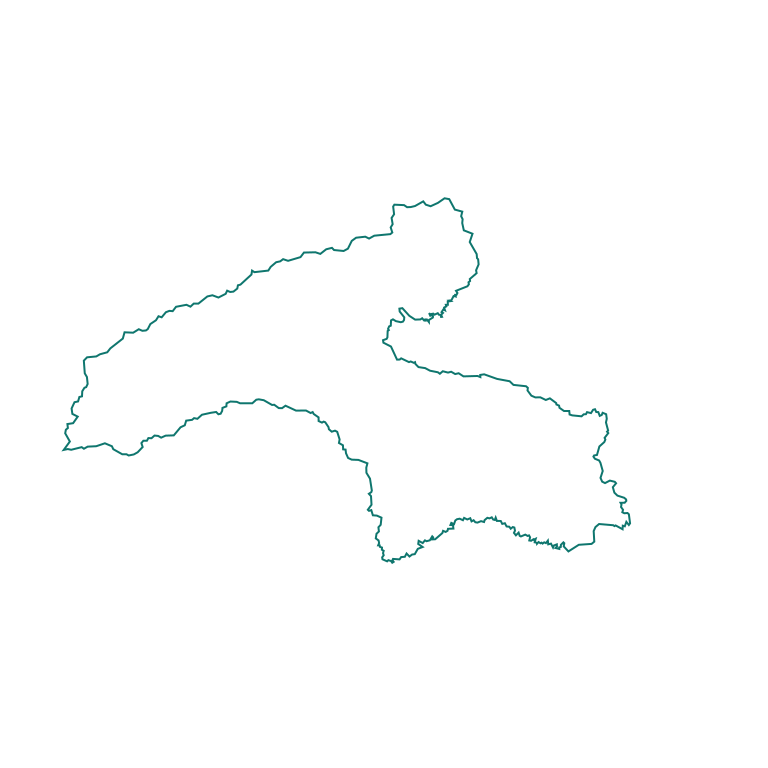 the district of Wang Chin, Phrae, Thailand, rotated 25°
{"feature_id": "78962969B75821341388789", "entity_name": "Wang Chin", "entity_type": "district", "adm_level": 2, "iso_a3": "THA", "parent_name": "Thailand", "parent_adm1": "Phrae", "projection": "mercator", "projection_center": [99.714, 17.875], "detail": "fine", "context": "isolated", "style": "outline", "palette": "teal", "viewbox_px": 768, "rotation_deg": 25, "n_neighbors": 0, "source": "geoboundaries", "source_scale": "gbopen_adm2", "svg_char_len": 6165}
<svg xmlns="http://www.w3.org/2000/svg" viewBox="0 0 768 768"><g transform="rotate(25 384 384)"><path d="M606.8,331.5L601.4,325.0L600.6,321.4L598.1,317.5L594.3,317.7L594.4,320.1L593.0,321.7L590.1,318.9L588.2,319.7L585.9,317.7L584.4,319.0L583.9,322.9L579.9,323.7L579.8,326.0L577.8,327.1L576.7,329.8L567.8,332.9L565.1,333.2L563.3,330.2L558.5,332.4L553.1,331.4L551.8,329.6L548.9,329.7L548.1,328.5L540.4,326.9L537.4,330.1L531.3,330.0L526.8,332.2L522.5,332.3L516.8,329.2L516.0,326.7L513.7,326.0L501.7,330.1L496.7,328.4L484.3,331.6L470.7,332.9L467.4,335.1L468.4,337.0L465.4,337.2L452.8,343.5L447.1,342.7L444.3,344.9L439.7,344.5L437.2,346.6L431.9,347.6L430.3,351.1L427.9,350.6L420.1,352.5L414.6,352.2L408.1,354.1L404.1,352.6L402.9,351.1L402.1,352.2L398.7,352.3L397.4,353.6L388.7,353.5L387.9,355.2L385.5,356.4L374.5,347.1L366.0,346.8L364.6,344.7L367.3,342.0L367.4,340.3L364.9,334.4L365.6,333.1L364.4,332.4L364.3,329.6L365.5,328.3L363.5,323.4L364.8,321.6L368.2,322.0L373.1,320.9L374.8,319.5L375.1,317.5L374.2,315.0L367.6,311.7L366.1,309.2L368.6,307.5L378.1,311.5L385.0,312.5L389.7,310.1L390.8,308.3L393.6,309.5L394.6,309.1L393.2,307.9L394.8,308.3L395.5,307.4L398.5,308.9L397.6,307.1L400.2,303.1L399.7,301.8L398.4,301.4L397.1,302.6L394.9,300.7L396.3,301.3L398.9,299.4L400.5,299.8L402.8,297.1L404.4,298.0L406.1,297.5L407.4,299.1L408.2,298.6L406.5,297.1L407.4,294.7L405.8,294.5L406.3,291.3L408.1,291.4L406.2,289.3L407.7,287.3L406.6,286.1L408.4,285.2L406.9,282.3L409.4,280.7L408.2,280.6L409.7,279.7L409.9,274.9L412.0,274.4L410.9,273.1L412.0,272.6L412.1,270.5L409.9,269.1L418.3,260.2L418.8,257.8L417.6,256.1L418.5,254.3L417.4,252.6L421.1,244.4L419.4,242.0L419.2,235.6L416.6,231.2L415.1,230.6L413.1,227.1L401.7,219.1L400.7,210.4L391.4,211.0L386.9,205.1L385.6,201.4L383.0,199.3L382.1,194.7L374.5,196.0L365.0,188.9L360.4,190.1L356.3,197.1L351.1,203.2L346.1,203.8L342.4,201.9L336.9,209.6L333.5,212.3L330.2,214.0L326.6,213.4L317.6,217.1L317.3,219.3L321.4,225.9L320.7,230.3L324.3,235.5L323.9,239.3L327.5,243.2L326.4,245.5L312.5,253.7L309.0,258.5L304.8,258.4L296.9,263.2L294.3,267.9L294.1,276.6L291.2,280.5L282.1,283.7L279.3,282.6L274.7,286.3L271.3,293.0L266.2,293.6L255.9,298.7L254.7,304.3L245.0,312.9L239.8,313.5L238.1,316.7L234.8,319.2L231.8,325.7L231.2,330.1L219.3,337.4L216.5,337.0L217.6,340.8L211.9,354.6L209.9,356.3L210.7,359.5L208.5,363.9L205.7,365.6L202.4,365.7L202.4,369.2L197.4,375.6L191.0,376.1L186.9,379.3L181.8,389.6L177.6,391.5L175.9,395.7L171.5,395.7L162.9,401.9L161.7,407.3L158.6,408.4L156.0,411.1L154.3,417.5L151.0,417.9L150.4,422.6L146.9,428.4L146.7,434.1L145.6,436.1L142.5,437.9L138.6,438.0L135.0,443.5L127.0,446.8L128.1,453.2L120.9,467.4L119.8,472.2L114.0,477.1L111.6,480.6L103.6,485.3L102.1,489.7L108.3,500.8L111.8,503.2L115.4,509.2L115.4,512.7L114.1,514.0L113.6,518.1L115.5,522.8L113.4,524.5L114.1,529.1L111.2,531.3L111.2,538.2L114.2,542.8L120.2,543.0L118.8,550.9L114.0,554.1L116.1,557.5L115.0,559.9L115.9,563.4L123.6,568.9L121.6,579.1L124.9,576.6L128.3,575.8L136.7,569.0L139.4,569.5L141.9,566.0L149.5,562.0L156.1,555.7L163.7,555.4L166.2,557.5L176.5,558.3L180.3,556.5L182.8,556.7L187.0,553.6L189.6,550.0L191.9,543.1L189.1,540.1L189.9,537.1L193.1,535.6L193.3,532.6L196.2,531.4L197.8,527.7L201.3,526.5L204.7,526.8L207.9,523.1L215.2,519.4L217.9,509.2L220.9,505.6L220.2,500.8L225.2,497.6L226.3,495.2L229.6,494.4L232.0,488.8L239.2,483.3L243.7,480.3L246.7,481.4L248.5,480.0L248.7,476.8L247.7,473.9L250.6,470.9L249.5,468.0L252.2,464.8L258.1,462.4L261.6,462.3L272.8,457.1L274.9,452.2L277.0,450.8L281.9,449.5L291.4,450.3L293.3,449.2L298.8,450.3L301.8,449.0L303.9,445.3L315.5,445.3L324.5,441.0L329.8,441.3L331.2,439.6L333.0,440.9L338.8,441.9L340.4,445.2L344.1,445.2L345.2,443.6L346.9,443.5L351.9,446.5L353.2,448.3L356.8,449.3L359.3,447.0L361.8,447.1L367.2,453.0L368.1,456.5L372.7,456.9L374.6,460.5L376.9,459.7L378.8,462.8L382.7,466.2L386.7,466.2L392.9,463.6L402.5,462.9L403.3,467.3L405.6,471.9L411.3,475.7L418.0,485.7L418.2,487.4L416.7,489.9L419.6,491.1L423.7,498.7L422.5,504.8L424.0,505.3L425.8,503.7L429.4,507.7L433.1,506.3L438.2,506.2L440.5,513.0L439.5,516.2L441.7,519.8L440.5,522.9L441.8,527.4L445.2,528.1L446.8,530.2L446.9,532.7L448.3,532.1L449.1,533.3L451.3,533.1L452.1,535.1L454.2,535.3L454.6,537.7L456.1,539.3L455.6,541.9L456.7,543.5L461.8,543.4L462.4,541.8L465.2,541.5L467.0,542.5L467.9,541.1L466.1,540.0L466.1,538.7L472.2,536.4L472.7,533.6L475.9,531.8L476.1,528.1L480.0,529.6L481.5,526.7L483.8,525.2L484.3,519.1L487.9,515.4L482.6,514.5L481.7,511.5L486.3,511.8L487.2,508.4L489.0,508.5L491.6,506.3L492.1,501.7L493.4,502.2L493.5,504.4L496.0,503.1L499.9,494.4L499.6,492.1L502.4,492.0L503.6,490.2L503.2,488.2L508.0,485.7L506.2,482.8L503.8,483.7L503.7,481.4L506.7,481.4L506.3,477.6L507.3,475.7L509.5,474.1L513.1,474.1L513.2,471.5L516.7,471.6L518.9,469.2L521.4,471.5L522.8,469.6L525.2,470.7L527.3,470.1L529.9,467.3L533.0,466.8L532.7,464.8L534.2,461.6L536.4,461.2L538.0,459.3L540.2,460.7L541.9,460.4L541.7,457.9L544.2,460.4L547.7,458.8L550.3,460.8L552.4,459.1L555.3,461.3L557.9,460.4L560.0,461.6L561.2,459.2L562.8,459.0L564.7,461.6L564.7,464.0L567.5,465.4L568.8,461.8L571.2,464.3L572.5,464.3L575.7,460.8L578.4,461.0L579.4,459.9L581.2,461.2L581.8,464.4L583.6,463.9L585.0,461.6L586.4,462.3L585.9,461.3L586.9,460.1L587.5,463.8L589.7,463.3L590.2,464.1L590.9,461.9L593.2,462.2L593.9,461.2L595.2,461.6L596.1,459.8L598.0,459.8L598.7,456.7L600.6,459.9L602.8,458.1L606.3,460.8L606.2,458.6L608.4,456.3L609.4,458.1L608.8,460.1L612.6,459.4L611.9,458.0L613.1,457.0L612.3,455.0L613.5,451.7L614.7,452.1L615.5,455.2L621.9,457.8L628.5,447.4L639.7,441.2L641.2,438.0L636.2,428.7L636.1,424.3L638.1,420.0L651.5,415.1L652.9,415.4L653.7,414.3L661.6,414.8L660.3,411.5L662.4,411.2L661.9,406.5L665.5,408.3L665.9,406.3L661.0,398.6L659.2,398.0L656.4,399.6L654.2,399.5L653.8,397.0L650.8,395.3L650.2,392.9L648.6,391.7L652.3,389.9L653.0,387.5L652.2,386.3L649.8,385.6L642.7,386.5L638.7,385.1L635.0,380.8L636.3,375.9L634.5,375.1L629.5,376.1L626.2,380.4L623.0,380.3L619.9,377.6L619.0,370.4L613.5,364.0L611.3,362.4L606.7,362.6L604.5,361.3L604.6,360.0L607.0,358.3L605.6,349.6L608.2,343.5L608.1,340.8L606.7,339.6L608.0,333.7L606.3,332.9L606.8,331.5Z" fill="none" stroke="#0f766e" stroke-width="2"/></g></svg>